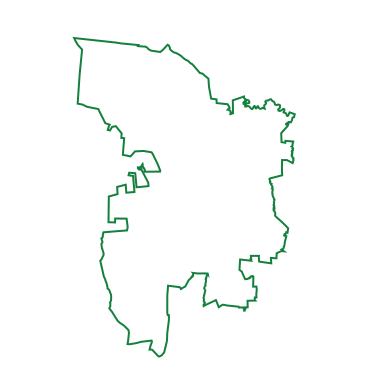 outline of Almoloya de Juárez, México, Mexico, rotated 356°
{"feature_id": "50627088B78235087084668", "entity_name": "Almoloya de Juárez", "entity_type": "district", "adm_level": 2, "iso_a3": "MEX", "parent_name": "Mexico", "parent_adm1": "México", "projection": "robinson", "projection_center": [-99.803, 19.397], "detail": "fine", "context": "isolated", "style": "outline", "palette": "green", "viewbox_px": 384, "rotation_deg": 356, "n_neighbors": 0, "source": "geoboundaries", "source_scale": "gbopen_adm2", "svg_char_len": 6090}
<svg xmlns="http://www.w3.org/2000/svg" viewBox="0 0 384 384"><g transform="rotate(356 192 192)"><path d="M274.0,106.1L272.4,106.0L271.5,106.8L271.4,107.3L272.1,108.3L272.1,108.7L271.6,109.5L270.4,110.3L270.1,110.7L269.9,112.2L270.3,113.9L268.2,113.0L266.7,113.8L265.4,113.6L264.4,112.6L264.0,111.4L263.7,111.0L263.3,111.1L262.8,111.7L262.2,112.9L261.6,113.1L261.2,112.7L260.7,110.9L260.4,110.6L259.5,111.1L258.4,113.1L257.6,113.5L256.9,113.1L255.2,110.9L254.2,110.2L253.3,110.1L252.0,110.6L251.1,110.5L251.0,109.8L251.8,108.5L251.9,107.7L255.3,107.1L255.5,105.7L254.7,104.5L253.2,103.9L252.5,104.5L250.9,107.8L250.1,108.0L249.6,107.7L249.5,106.3L250.8,105.3L251.9,103.8L251.6,103.0L250.6,102.0L250.4,101.5L250.5,100.4L239.1,103.4L238.4,116.3L235.7,117.0L235.7,116.3L236.2,116.1L236.4,115.3L235.8,113.6L234.9,113.2L234.0,112.3L233.5,112.3L234.2,111.5L235.4,110.9L235.1,109.7L233.6,106.9L222.8,105.0L222.9,101.3L217.6,100.2L216.3,88.3L216.3,80.1L210.6,74.6L208.1,73.8L202.0,65.5L200.9,64.3L199.5,63.5L197.1,60.7L195.5,60.1L192.7,57.8L190.6,55.5L188.6,54.0L185.8,52.2L183.5,51.4L181.2,49.5L180.0,48.0L180.0,46.7L179.4,44.9L178.7,43.9L177.9,43.4L173.2,47.9L170.2,50.1L161.2,48.2L158.8,46.7L157.0,44.5L155.8,43.8L148.3,42.7L148.9,41.7L132.0,38.9L126.4,37.6L85.2,30.2L86.0,32.5L88.3,37.2L92.3,42.3L88.1,67.0L84.1,95.9L88.8,97.1L93.3,99.7L104.3,102.7L110.3,117.3L114.6,119.1L113.7,120.5L112.3,124.2L114.5,124.9L116.8,121.5L120.6,121.0L125.9,128.6L125.3,133.1L128.1,133.6L125.6,150.1L133.2,152.2L138.0,147.5L146.7,147.7L154.5,149.6L155.4,151.2L159.6,161.5L161.8,168.4L161.6,169.4L146.2,168.5L146.2,167.8L146.5,167.6L146.3,167.2L146.5,166.9L146.0,165.1L145.5,164.6L145.1,164.7L144.9,164.3L144.9,163.5L144.6,162.7L144.4,162.8L144.8,161.2L144.7,160.7L142.2,163.9L141.7,164.1L141.1,163.7L140.6,164.0L139.7,163.7L139.6,164.2L140.4,165.7L141.8,166.1L142.9,165.6L149.0,179.6L149.0,183.1L137.0,183.4L136.7,169.3L130.7,168.4L129.9,170.9L134.3,171.8L134.6,187.7L134.3,187.7L134.3,188.0L126.4,188.1L126.4,180.1L117.7,181.7L117.6,188.9L108.7,190.7L106.6,216.3L113.1,217.0L113.5,213.1L124.9,214.0L125.4,222.6L124.5,225.8L100.9,226.0L100.3,227.2L100.5,227.8L99.8,229.6L99.9,230.4L99.4,231.4L98.3,231.9L99.1,235.0L99.1,236.1L98.0,237.4L98.1,239.8L98.3,242.2L98.5,242.4L99.6,247.3L99.1,249.4L98.2,250.6L97.4,252.4L95.7,254.2L98.2,270.3L99.1,272.4L99.8,275.4L100.2,276.2L101.0,280.3L101.0,282.4L102.1,283.3L102.6,284.1L104.1,289.1L104.0,292.1L103.6,294.7L102.6,296.3L102.5,296.8L102.8,297.1L102.5,300.2L101.4,302.3L103.9,306.1L108.7,315.1L110.8,317.4L114.9,320.6L119.0,325.3L119.3,328.0L118.0,335.4L117.1,339.2L119.1,339.5L125.7,338.9L130.6,337.9L141.3,337.4L141.6,338.2L141.2,339.6L139.8,342.6L138.7,346.3L139.8,346.2L141.3,346.6L147.1,353.7L148.0,353.8L150.4,352.8L153.0,350.1L155.8,341.5L156.7,338.3L157.5,330.9L160.0,318.3L160.4,313.3L159.2,313.1L158.9,310.7L160.2,292.9L161.6,283.8L173.1,286.1L173.1,286.4L174.0,287.2L174.2,288.0L175.3,287.6L175.7,287.1L178.7,285.8L182.5,279.8L184.9,277.8L185.8,276.5L186.3,276.6L187.1,275.9L186.7,275.6L187.8,273.3L187.4,272.8L192.0,273.7L199.2,274.1L202.0,274.5L202.1,275.5L201.8,275.1L201.6,275.6L201.0,276.0L200.5,278.1L200.1,278.4L200.0,279.5L199.7,279.5L199.5,279.9L199.8,280.6L199.6,282.8L199.3,283.3L198.8,285.4L199.0,286.2L197.9,287.5L197.7,288.1L197.5,289.1L198.3,291.0L198.3,291.8L197.6,293.3L197.5,294.2L197.3,294.4L197.3,295.2L196.7,296.0L196.6,297.2L196.1,298.5L196.5,299.8L196.3,299.9L196.3,300.7L196.1,301.4L196.3,302.4L196.9,302.9L196.7,303.1L197.0,303.6L195.9,305.4L195.6,305.6L195.7,306.6L196.8,306.0L208.3,301.5L210.7,308.8L214.5,306.6L216.5,306.9L218.8,307.6L230.6,309.7L230.8,310.5L235.4,310.8L235.4,312.1L235.9,312.2L235.7,314.0L236.3,314.0L236.5,312.4L237.1,312.4L237.3,310.8L239.5,310.9L239.8,304.4L247.6,304.7L247.1,304.0L247.3,301.6L248.9,301.7L249.0,298.4L249.7,294.6L249.8,292.0L249.6,290.8L246.4,290.7L247.3,280.9L246.8,280.8L246.9,280.3L246.4,280.1L246.3,280.4L244.8,280.3L244.1,281.3L244.1,281.6L243.3,282.0L243.1,281.6L241.2,282.7L240.1,282.5L238.9,282.7L236.1,274.9L233.9,273.0L235.3,262.7L246.4,264.7L245.8,263.0L246.4,262.9L246.3,259.8L254.3,260.4L254.1,261.4L254.1,266.1L266.1,268.7L266.1,263.3L271.6,264.0L272.2,259.0L277.2,257.1L277.5,256.5L278.3,257.4L279.6,257.6L277.3,255.6L279.0,255.0L279.5,254.2L279.7,253.0L280.1,252.8L280.8,250.3L281.1,248.5L283.0,242.6L280.9,241.9L281.4,240.5L282.2,240.8L283.2,238.7L284.4,239.3L285.4,234.9L280.3,229.0L273.5,221.9L273.2,220.9L273.6,219.6L273.5,218.5L273.2,217.3L272.8,217.1L272.5,216.3L272.2,216.2L272.1,215.5L272.2,214.3L272.9,214.4L272.9,213.9L273.1,214.0L273.1,213.1L272.6,212.8L273.1,211.8L272.8,211.6L272.4,210.8L272.9,210.3L273.2,209.0L272.9,208.8L273.0,207.5L273.6,206.3L273.5,205.6L273.7,205.4L273.3,204.9L273.4,204.4L272.9,203.5L272.7,202.3L272.3,201.9L272.1,200.4L272.3,199.3L271.9,198.7L272.1,198.3L272.3,196.4L272.6,196.2L272.7,195.2L272.3,194.5L272.5,194.5L272.4,193.5L272.7,193.4L272.5,191.9L272.2,191.5L272.1,190.9L271.7,190.6L271.1,189.3L271.5,189.1L270.9,188.7L270.4,187.9L270.6,187.5L270.5,186.9L270.8,186.8L270.1,184.5L270.8,183.9L283.1,181.6L283.4,173.8L284.1,166.4L289.0,166.8L294.4,170.2L294.8,169.6L294.7,169.0L295.6,167.1L295.1,165.8L295.5,165.4L294.9,165.0L294.6,163.9L294.0,163.4L294.1,162.3L294.5,162.2L294.2,161.3L294.6,160.8L294.4,160.6L294.9,159.9L294.5,159.1L294.4,158.4L294.9,158.1L294.8,157.8L295.6,157.5L295.5,156.7L295.8,156.0L295.5,155.7L295.8,155.6L295.3,154.3L295.3,153.8L295.0,153.9L294.6,153.6L295.1,153.4L295.0,153.1L295.5,152.3L295.9,150.3L296.3,149.7L296.5,148.7L288.8,147.5L288.5,149.4L284.8,148.5L285.1,139.5L292.1,132.8L293.3,129.8L291.6,130.5L290.7,131.2L290.5,130.7L293.3,128.9L295.6,129.3L296.8,127.2L297.4,124.9L299.0,124.5L299.9,121.5L294.9,119.4L293.3,122.5L292.6,122.9L292.3,122.8L291.2,120.1L290.3,119.4L289.0,119.1L288.8,118.7L289.6,117.6L290.0,116.4L289.8,115.8L288.8,115.5L285.9,117.2L284.8,117.2L283.9,116.8L283.8,115.6L285.3,114.3L285.7,113.6L285.8,111.7L285.4,111.2L283.8,110.8L282.6,111.2L281.0,110.6L280.3,108.0L280.1,107.7L278.7,107.1L277.3,105.0L276.4,105.0L274.0,106.1Z" fill="none" stroke="#15803d" stroke-width="2"/></g></svg>